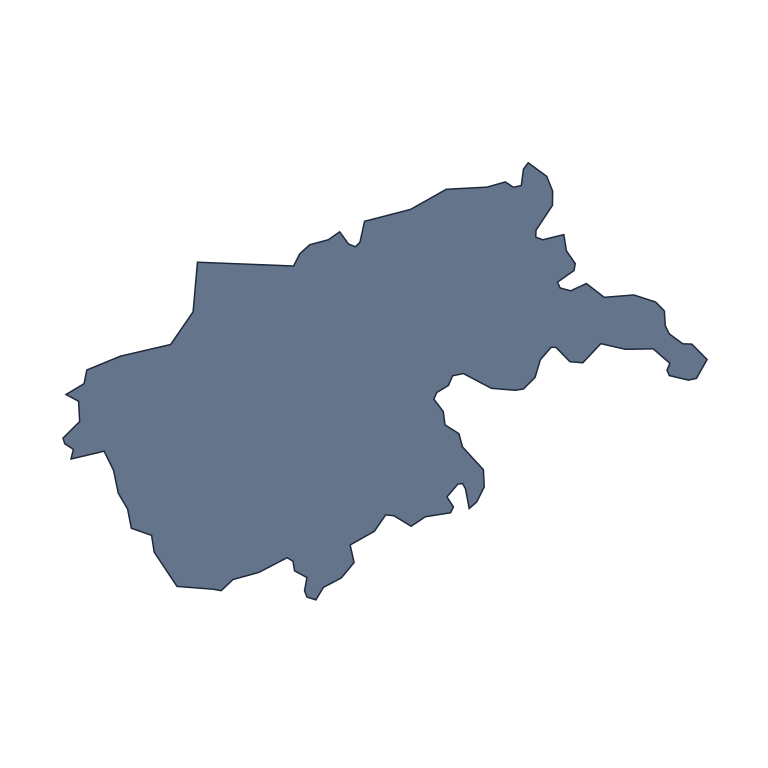 SVG path tracing the border of Hertfordshire, rotated 176°
{"feature_id": "GBR-2042", "entity_name": "Hertfordshire", "entity_type": "Administrative County", "adm_level": 1, "iso_a3": "GBR", "parent_name": "United Kingdom", "parent_adm1": "", "projection": "equal_earth", "projection_center": [-0.306, 51.83], "detail": "fine", "context": "isolated", "style": "filled", "palette": "slate", "viewbox_px": 768, "rotation_deg": 176, "n_neighbors": 0, "source": "natural_earth", "source_scale": "10m", "svg_char_len": 1637}
<svg xmlns="http://www.w3.org/2000/svg" viewBox="0 0 768 768"><g transform="rotate(176 384 384)"><path d="M561.6,518.5L466.0,508.0L458.9,519.8L454.0,523.7L448.4,528.1L429.4,531.8L417.6,538.9L409.6,526.1L403.0,522.9L398.1,527.1L392.0,547.7L364.4,552.8L345.4,556.3L308.3,573.9L290.2,573.6L267.7,573.2L248.9,577.1L241.1,571.2L233.2,572.4L229.9,588.6L224.7,594.6L207.2,579.8L202.3,564.6L203.5,550.4L221.6,526.9L222.4,520.0L215.6,516.8L194.2,520.5L192.7,504.1L184.8,490.8L186.5,484.0L203.8,473.5L201.7,467.6L191.4,463.9L175.1,470.1L158.3,455.1L128.6,455.4L107.3,446.8L99.2,437.3L99.4,422.6L95.9,414.1L83.2,403.3L74.1,402.3L60.0,385.9L71.9,367.8L80.0,366.6L98.8,372.5L100.7,378.1L97.4,384.7L113.0,400.3L140.9,401.8L164.9,409.1L184.2,391.3L197.0,393.3L209.9,408.6L214.8,408.9L226.4,397.2L232.8,380.1L245.2,369.3L253.5,368.6L253.8,368.6L277.2,372.2L304.1,388.9L315.0,387.4L319.8,378.1L332.0,371.8L335.3,365.4L326.8,352.4L326.0,339.0L312.7,329.2L310.1,315.8L300.6,303.8L290.8,291.6L291.2,274.3L299.7,259.9L307.7,253.8L310.0,273.6L312.5,279.2L317.3,279.0L329.1,267.0L323.3,256.5L326.6,250.9L352.0,248.7L366.9,240.2L383.3,251.9L391.5,253.3L403.8,237.8L429.0,225.8L426.3,208.0L440.0,193.6L458.7,185.3L467.0,173.4L475.7,176.8L477.7,183.2L474.4,196.3L486.2,203.8L487.2,213.6L492.8,217.5L522.0,204.8L548.3,199.5L560.8,189.2L568.8,191.2L604.6,196.5L625.0,232.4L626.4,249.2L646.1,257.7L648.5,277.2L656.7,293.6L659.8,316.6L667.9,336.5L701.5,331.0L698.4,340.5L706.6,346.6L708.0,352.4L690.2,367.8L689.9,388.1L702.0,395.7L683.2,405.2L679.5,418.7L644.9,430.2L594.1,438.3L569.4,469.3L561.6,518.5Z" fill="#64748b" stroke="#1e293b" stroke-width="1.5"/></g></svg>